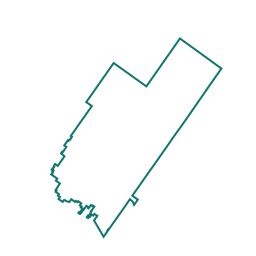 East Pilbara, Western Australia, Australia, rotated 305°
{"feature_id": "25037944B14743311013482", "entity_name": "East Pilbara", "entity_type": "district", "adm_level": 2, "iso_a3": "AUS", "parent_name": "Australia", "parent_adm1": "Western Australia", "projection": "natural_earth1", "projection_center": [120.361, -21.612], "detail": "fine", "context": "isolated", "style": "outline", "palette": "teal", "viewbox_px": 256, "rotation_deg": 305, "n_neighbors": 0, "source": "geoboundaries", "source_scale": "gbopen_adm2", "svg_char_len": 2550}
<svg xmlns="http://www.w3.org/2000/svg" viewBox="0 0 256 256"><g transform="rotate(305 128 128)"><path d="M24.9,170.4L32.5,170.4L32.5,169.9L33.8,169.9L33.8,170.4L40.0,170.4L53.5,170.5L62.3,170.5L70.8,170.4L70.6,171.9L70.5,172.6L70.5,172.8L70.4,173.9L70.2,174.3L68.5,177.1L71.8,177.1L75.0,177.1L75.0,170.4L84.7,170.4L94.0,170.4L103.7,170.4L114.4,170.5L125.0,170.5L135.6,170.5L146.1,170.4L153.4,170.5L162.1,170.6L172.0,170.6L207.3,170.4L220.3,170.4L230.3,170.4L231.1,119.2L172.6,119.2L173.0,79.0L133.8,79.0L125.3,78.9L125.2,85.8L88.6,85.7L88.6,87.2L84.8,87.2L84.8,86.6L83.3,86.6L83.3,85.8L77.2,85.8L77.2,88.4L70.8,88.4L70.8,87.7L68.8,87.7L68.4,92.2L65.0,92.2L64.1,92.2L56.7,92.2L56.7,88.9L56.4,88.9L56.3,89.0L56.1,89.0L55.9,89.0L55.7,89.1L55.4,89.0L55.2,89.0L54.9,89.0L54.2,89.3L53.7,89.4L53.4,89.5L53.1,89.6L52.9,89.7L52.9,89.8L52.7,89.8L52.8,89.9L52.7,89.9L52.7,89.7L52.3,89.9L52.2,89.9L51.9,89.9L51.7,89.9L51.4,89.9L51.3,90.0L51.2,90.0L51.3,89.9L51.2,89.8L51.1,89.7L50.9,89.7L51.0,89.6L50.9,89.6L50.9,89.8L50.9,90.0L50.7,90.0L50.7,89.9L50.6,90.0L50.6,89.9L50.4,89.8L50.2,89.9L50.2,90.0L50.4,90.1L50.5,90.2L50.5,90.3L50.4,90.2L50.4,90.3L50.4,90.2L50.3,90.3L50.4,90.5L50.4,90.8L50.5,90.8L50.5,91.0L50.4,91.0L50.4,90.9L50.2,90.9L50.0,91.0L49.9,91.1L49.7,91.2L49.7,91.3L49.6,91.5L49.6,91.4L49.4,91.4L49.5,91.5L49.4,91.5L49.4,91.4L49.5,91.4L49.6,91.2L49.7,90.9L49.6,91.0L49.7,90.9L49.6,90.7L49.4,90.5L49.2,90.6L49.2,90.8L49.1,91.0L49.0,91.3L48.8,91.5L48.7,91.7L48.5,91.8L48.1,92.0L47.9,92.1L47.6,92.2L47.4,92.3L47.2,92.3L47.0,92.5L46.9,92.5L46.9,92.4L47.0,92.4L47.0,92.2L46.9,92.2L46.9,92.3L46.9,92.2L46.6,92.1L46.4,92.0L46.3,91.9L46.2,91.9L46.0,91.7L45.9,91.7L45.9,99.1L43.5,99.1L43.5,104.1L39.5,104.1L39.5,104.3L35.6,104.3L35.6,105.0L35.7,105.3L34.2,105.3L34.2,109.4L32.4,109.4L32.4,110.5L32.5,110.5L32.5,111.8L30.0,111.8L30.0,116.9L32.0,116.9L32.0,117.0L32.3,117.0L32.6,117.4L32.6,117.5L32.7,117.8L32.7,118.9L32.7,119.0L32.6,119.3L33.8,122.4L37.1,122.4L37.1,125.1L37.0,127.0L38.3,127.0L38.3,129.2L39.5,129.2L39.5,132.9L37.1,132.9L37.1,134.9L35.9,134.9L35.9,136.1L36.1,136.5L36.1,137.0L31.0,137.0L31.0,136.1L30.0,136.1L30.0,137.8L30.6,137.8L30.6,138.2L32.2,138.2L32.2,138.3L35.7,138.3L35.7,138.5L40.4,138.5L40.5,141.1L39.5,141.1L39.5,141.8L43.3,141.8L43.3,142.1L43.7,142.1L43.7,143.8L44.3,143.8L44.3,145.5L39.7,145.5L39.7,145.4L38.4,145.4L38.4,146.0L33.3,146.1L33.3,145.4L31.3,145.4L31.3,147.0L33.3,147.0L33.3,147.8L36.2,147.8L36.2,149.7L38.4,149.7L38.4,153.2L32.8,153.2L31.2,156.7L24.9,170.4Z" fill="none" stroke="#0f766e" stroke-width="2"/></g></svg>